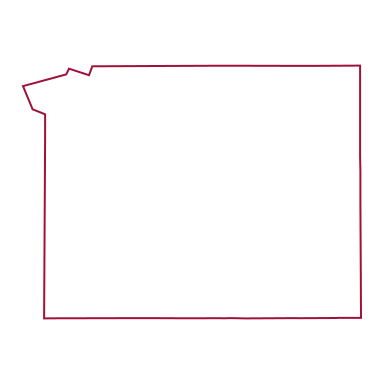 outline of Amite, Mississippi, United States of America
{"feature_id": "52423323B37899299883293", "entity_name": "Amite", "entity_type": "district", "adm_level": 2, "iso_a3": "USA", "parent_name": "United States of America", "parent_adm1": "Mississippi", "projection": "orthographic", "projection_center": [-90.779, 31.174], "detail": "fine", "context": "isolated", "style": "outline", "palette": "rose", "viewbox_px": 384, "rotation_deg": 0, "n_neighbors": 0, "source": "geoboundaries", "source_scale": "gbopen_adm2", "svg_char_len": 541}
<svg xmlns="http://www.w3.org/2000/svg" viewBox="0 0 384 384"><path d="M189.0,318.3L215.0,318.2L217.4,318.2L219.8,318.2L223.9,318.3L230.4,318.1L245.4,318.4L245.5,318.4L296.9,318.1L298.5,318.2L335.6,318.0L336.4,318.0L338.2,317.9L338.8,317.9L348.9,317.9L361.0,317.9L360.8,275.5L360.4,202.5L360.4,170.9L360.1,156.6L360.1,65.6L307.7,65.9L223.0,65.7L92.3,66.3L89.0,75.2L69.0,68.7L66.2,74.4L23.0,86.1L32.6,109.3L45.1,114.3L45.1,140.4L44.1,318.4L55.3,318.3L146.4,318.1L188.9,318.3L189.0,318.3Z" fill="none" stroke="#9f1239" stroke-width="2"/></svg>